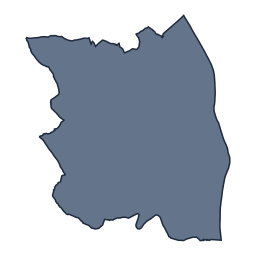 Enebakk nor, Akershus, Norway
{"feature_id": "86288312B77939080811439", "entity_name": "Enebakk nor", "entity_type": "district", "adm_level": 2, "iso_a3": "NOR", "parent_name": "Norway", "parent_adm1": "Akershus", "projection": "orthographic", "projection_center": [11.051, 59.769], "detail": "fine", "context": "isolated", "style": "filled", "palette": "slate", "viewbox_px": 256, "rotation_deg": 0, "n_neighbors": 0, "source": "geoboundaries", "source_scale": "gbopen_adm2", "svg_char_len": 5556}
<svg xmlns="http://www.w3.org/2000/svg" viewBox="0 0 256 256"><path d="M86.1,38.2L84.6,38.2L82.9,38.3L81.8,38.9L80.7,39.2L80.2,39.1L79.5,39.4L78.4,39.5L76.3,40.0L75.3,40.0L74.3,40.1L73.1,40.8L72.5,40.9L71.5,40.9L67.9,40.1L64.7,38.6L62.7,37.3L61.9,36.6L61.4,36.4L61.2,36.6L60.7,36.7L59.9,36.7L57.7,36.3L56.2,35.8L55.2,35.6L52.9,35.7L52.0,35.6L50.8,35.6L48.6,36.9L48.2,37.0L45.8,36.9L44.6,36.7L42.0,36.8L40.5,37.0L38.9,37.5L30.2,38.3L28.7,38.2L26.7,37.6L26.6,37.9L26.2,38.3L27.0,40.8L27.3,41.0L27.6,41.4L28.3,42.8L29.2,46.5L29.2,46.8L29.2,47.0L30.7,49.3L30.8,50.4L31.1,51.4L31.5,52.4L32.5,54.0L33.5,54.9L37.4,60.3L38.1,60.9L39.1,62.1L41.2,63.8L41.3,64.0L43.3,65.1L45.9,66.1L46.0,66.4L46.3,66.5L46.6,66.4L47.0,66.7L47.8,66.7L48.1,67.0L49.0,67.5L49.3,68.1L49.8,69.6L51.4,71.4L52.2,72.6L53.2,73.8L53.3,74.1L53.3,74.4L53.5,75.5L53.5,76.6L53.6,77.1L54.4,78.1L54.5,78.9L55.4,80.3L55.8,81.3L57.2,83.6L57.3,84.1L57.5,85.0L58.3,87.6L58.7,89.0L58.8,90.5L59.2,92.5L59.1,93.3L58.8,94.0L58.5,94.3L58.3,94.4L58.1,94.8L57.7,95.3L56.0,96.4L55.2,97.2L52.5,98.9L51.8,99.6L51.0,100.0L50.9,100.8L50.9,101.0L50.7,101.4L50.5,102.3L50.9,102.6L51.0,102.8L50.8,103.6L51.0,103.9L50.9,104.1L50.8,104.4L51.1,105.2L51.0,106.6L51.1,107.4L52.2,109.1L55.4,112.2L56.3,113.0L56.9,113.8L58.1,115.1L59.2,116.6L61.0,118.2L64.0,120.2L62.7,121.3L61.2,122.2L61.0,122.4L60.8,123.3L60.1,124.8L59.7,125.1L59.3,126.0L58.7,126.9L57.7,127.9L57.0,128.6L54.4,129.1L54.4,129.7L54.8,130.2L54.6,130.6L53.8,130.9L52.8,131.8L51.3,132.3L50.8,132.7L50.7,132.9L50.4,133.2L49.7,133.5L48.2,133.8L47.1,133.8L46.1,133.4L45.2,133.7L44.7,133.6L43.9,133.8L43.2,134.2L43.0,134.5L42.9,134.8L43.0,135.2L42.9,135.5L41.0,135.9L40.8,136.1L40.3,136.0L39.7,136.5L39.6,137.0L39.9,137.3L42.1,139.2L43.7,140.8L45.5,143.8L47.4,146.4L48.5,148.4L51.1,151.6L52.7,153.6L53.1,154.6L55.8,158.3L56.4,158.8L57.8,160.9L59.5,164.1L60.3,166.7L62.0,169.2L62.7,169.9L62.8,171.0L65.2,174.6L64.0,175.3L62.9,175.2L62.7,175.4L62.7,175.5L62.4,175.7L61.9,175.8L61.6,176.4L61.6,177.1L61.4,177.7L61.5,178.2L61.1,178.5L61.1,179.4L60.8,180.0L60.8,181.0L60.7,181.4L60.5,181.7L60.4,181.9L60.2,182.1L58.5,182.4L58.1,182.9L57.9,183.4L57.4,184.0L57.2,184.5L56.6,185.0L56.0,185.2L55.5,186.1L55.0,186.7L54.3,189.7L54.2,189.9L53.9,189.9L54.0,190.1L53.8,190.4L53.8,190.6L53.6,190.8L53.6,191.2L53.3,192.6L53.1,193.4L52.6,195.0L52.6,196.1L54.0,197.9L54.1,198.3L55.3,199.7L55.8,201.5L56.5,202.3L56.9,203.2L58.1,203.9L58.3,204.2L58.4,204.9L59.4,206.3L59.5,206.6L60.0,207.1L60.9,207.4L61.3,208.1L63.1,210.4L63.7,211.4L64.1,211.5L64.4,211.8L65.2,212.6L66.3,214.0L67.9,214.6L68.8,214.3L69.8,214.5L71.8,215.5L73.4,216.0L74.6,216.7L76.4,217.4L77.1,217.6L78.0,217.6L80.0,219.6L80.9,220.7L82.3,221.5L82.3,222.1L82.8,222.5L83.0,223.1L84.1,223.6L84.9,223.7L85.4,224.1L85.8,224.2L86.0,224.4L88.6,225.3L90.5,226.9L91.5,228.0L92.0,228.2L93.5,228.4L95.3,229.0L98.6,228.4L102.6,225.1L104.6,219.4L108.8,220.0L109.3,220.4L110.7,219.8L112.9,220.1L113.9,219.4L117.3,217.9L118.3,218.1L120.6,217.9L122.3,217.3L124.3,217.3L126.1,217.4L128.5,218.1L130.1,217.4L134.1,215.2L135.0,214.9L135.2,214.7L135.3,214.5L136.3,214.2L137.2,213.6L138.2,213.9L139.0,214.6L138.3,217.9L136.1,224.2L135.9,225.5L136.3,227.0L137.0,228.0L137.8,228.7L138.2,228.9L139.4,229.0L140.6,228.4L141.7,227.4L143.7,224.4L146.3,221.7L147.9,220.5L150.6,218.9L155.4,215.2L156.2,215.0L157.3,215.1L158.8,215.9L160.0,217.1L160.5,218.1L162.8,224.9L164.9,228.3L165.0,228.8L166.5,231.6L166.5,231.9L167.1,232.5L168.4,235.3L168.7,236.5L169.2,236.6L170.4,237.4L170.8,238.1L178.6,240.3L182.1,240.4L183.2,240.6L184.7,240.1L185.8,239.3L192.0,237.4L193.9,237.1L195.3,237.2L196.2,237.0L197.9,238.3L198.1,238.4L199.3,239.5L200.1,240.6L201.6,240.6L202.2,240.3L202.5,240.0L203.2,240.5L203.6,240.4L203.6,240.0L204.0,239.8L204.0,239.6L204.5,239.9L205.1,239.7L206.1,240.0L206.4,239.8L206.5,240.1L207.2,240.1L207.5,239.7L207.8,239.7L208.0,239.8L208.0,240.2L208.1,240.3L208.6,239.9L209.1,239.9L209.6,240.3L210.4,239.8L210.7,239.8L210.9,239.5L221.2,240.2L221.0,237.8L220.1,229.9L219.9,227.2L219.9,224.2L220.1,218.8L220.2,210.6L220.4,206.9L220.8,204.2L221.0,201.6L221.4,199.4L221.8,196.0L222.0,194.7L222.4,191.1L223.7,183.4L224.2,181.1L224.6,178.6L225.6,175.3L228.5,168.2L229.5,164.2L229.8,162.3L229.8,159.2L229.7,157.5L228.8,154.6L228.3,153.4L227.5,148.6L227.2,147.7L226.2,145.0L224.5,141.5L223.0,137.5L219.3,125.5L218.6,122.8L217.3,120.8L216.3,118.6L214.2,111.6L214.0,110.3L213.9,107.1L214.5,104.2L214.8,101.4L215.2,92.8L214.8,82.2L214.3,75.4L214.1,74.2L213.2,69.7L211.2,64.3L210.5,63.1L208.2,58.4L206.3,55.0L204.9,52.1L198.5,40.8L193.0,31.5L189.9,25.7L184.7,17.3L183.7,15.4L179.9,19.2L163.4,33.6L163.0,34.1L163.0,35.1L162.8,35.5L163.1,36.1L163.2,36.4L162.4,37.6L162.1,37.6L161.9,37.0L161.3,36.0L159.0,35.1L158.2,34.6L157.9,34.3L157.4,34.2L157.0,34.5L156.3,34.2L156.2,33.9L155.7,33.6L155.4,32.9L155.1,32.5L154.9,32.0L154.0,31.1L152.7,30.1L151.9,29.2L151.4,29.1L150.0,28.3L149.8,27.8L149.4,27.8L148.4,26.9L146.5,28.1L145.2,28.4L144.7,28.9L142.5,30.7L140.5,31.5L139.8,32.2L139.1,33.1L137.1,33.6L136.1,34.2L138.6,37.9L139.7,41.6L138.9,46.9L137.1,49.2L135.9,49.5L135.7,49.3L134.5,49.1L134.1,49.2L132.7,48.7L131.6,49.3L129.2,51.0L128.1,51.2L124.7,52.9L124.4,52.8L122.5,48.7L119.8,46.8L119.0,43.3L118.4,43.6L118.4,43.8L118.0,44.4L117.5,44.6L117.4,44.8L116.9,44.9L116.8,45.3L116.5,45.2L115.8,44.4L115.0,44.5L115.0,44.1L112.8,43.6L110.8,43.6L108.9,42.8L106.2,41.3L103.5,40.3L102.3,40.2L100.9,41.5L99.4,42.6L95.5,46.4L93.8,42.7L92.4,41.4L91.0,44.0L89.5,39.1L89.0,37.8L88.5,38.1L87.7,38.4L86.1,38.2Z" fill="#64748b" stroke="#1e293b" stroke-width="1.5"/></svg>